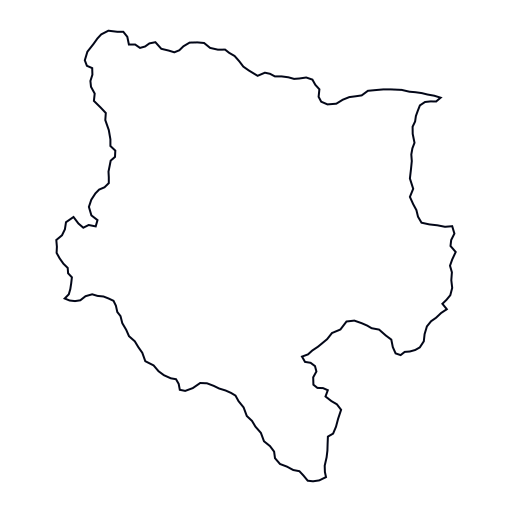 Barra Longa, Minas Gerais, Brazil
{"feature_id": "56859067B7967554775924", "entity_name": "Barra Longa", "entity_type": "district", "adm_level": 2, "iso_a3": "BRA", "parent_name": "Brazil", "parent_adm1": "Minas Gerais", "projection": "albers", "projection_center": [-43.064, -20.29], "detail": "fine", "context": "isolated", "style": "outline", "palette": "ink", "viewbox_px": 512, "rotation_deg": 0, "n_neighbors": 0, "source": "geoboundaries", "source_scale": "gbopen_adm2", "svg_char_len": 3066}
<svg xmlns="http://www.w3.org/2000/svg" viewBox="0 0 512 512"><path d="M326.0,477.1L324.9,472.0L324.7,465.7L326.6,457.3L327.4,450.7L327.6,444.2L327.9,436.6L333.1,433.6L336.0,426.7L338.1,418.8L341.1,409.8L336.9,404.3L331.4,401.1L325.5,396.5L327.8,390.2L323.0,388.1L317.4,387.9L313.4,384.7L313.2,377.3L316.4,371.5L315.0,366.1L310.6,362.8L305.0,361.9L302.0,356.6L308.0,354.4L312.3,350.5L318.0,346.7L322.5,343.0L327.1,339.2L332.0,333.0L340.4,329.5L346.5,321.5L354.3,320.6L361.7,323.2L367.2,325.6L371.6,328.2L379.1,329.6L385.8,335.5L391.3,339.6L392.8,347.1L395.6,353.4L400.6,355.1L404.7,351.9L409.8,351.5L415.2,350.0L419.8,347.4L423.8,341.3L424.6,334.1L426.9,326.4L431.1,321.2L436.0,317.8L441.1,313.0L446.8,309.2L442.4,303.8L446.5,299.8L450.3,295.2L452.2,287.9L451.3,280.2L451.9,272.3L450.0,265.7L452.2,259.5L455.7,252.0L450.5,246.0L451.2,240.0L454.4,233.6L452.2,226.2L445.0,226.8L437.4,225.3L429.3,224.4L421.5,222.7L418.0,216.7L416.4,210.1L413.2,204.2L409.9,196.9L413.2,188.8L409.9,178.5L411.0,169.0L411.8,161.1L411.3,154.5L412.4,148.3L414.5,142.8L412.7,133.9L412.6,126.7L415.1,121.5L415.9,116.0L417.7,111.0L419.9,105.4L425.0,102.0L430.5,101.4L436.1,101.5L440.6,97.7L434.2,95.7L427.4,94.5L421.8,93.1L415.3,92.2L409.4,91.7L401.7,89.9L390.7,89.4L383.3,89.4L375.4,90.1L367.9,90.8L361.7,95.4L355.5,96.3L349.3,97.1L342.8,99.7L336.3,103.7L327.5,104.4L321.2,101.7L318.6,96.8L319.4,89.3L315.3,84.8L312.4,79.6L306.2,77.5L299.3,78.5L294.1,78.9L288.4,77.3L281.6,76.4L274.9,76.4L270.0,73.8L264.9,72.7L257.6,75.8L253.3,73.2L248.7,70.4L243.3,66.6L239.2,61.2L234.6,56.0L229.1,52.8L225.1,49.6L218.0,49.7L210.1,47.9L204.1,43.0L197.5,42.4L189.6,42.6L183.4,46.3L179.3,50.3L174.3,52.3L168.8,50.6L161.3,48.8L155.4,42.2L149.4,43.4L145.1,46.5L140.0,47.9L135.1,44.5L128.9,44.5L127.3,36.8L123.3,31.8L117.4,31.8L108.4,30.7L101.2,34.4L97.4,38.5L93.4,44.1L87.4,51.7L84.8,60.3L86.9,65.8L92.2,68.1L92.4,74.7L90.4,81.0L91.0,86.8L94.7,93.6L93.9,100.9L100.5,107.4L105.8,113.0L105.3,120.1L108.8,130.1L110.4,139.3L110.4,146.0L115.3,150.6L115.0,156.9L110.7,160.6L109.6,166.1L108.5,171.6L108.8,177.3L108.8,183.1L104.5,187.3L99.1,189.6L95.4,193.4L91.3,199.7L88.9,206.9L91.4,215.4L97.5,220.1L95.7,226.4L88.7,225.0L83.3,227.7L78.4,223.5L73.5,217.0L66.0,222.2L64.9,229.3L62.0,235.3L56.3,240.0L56.9,246.8L56.6,252.9L59.6,258.3L63.4,263.7L67.7,267.9L68.1,273.3L71.9,277.3L71.2,283.3L70.3,289.1L68.8,294.3L64.7,298.5L69.6,300.5L75.0,301.1L80.3,300.3L85.5,296.2L92.2,294.3L97.5,295.9L103.5,296.5L108.6,298.5L113.5,300.8L115.9,305.7L117.3,312.0L120.5,316.1L122.3,323.2L126.2,329.8L129.0,336.2L134.8,341.3L138.3,347.1L142.3,352.8L145.3,361.2L153.6,365.4L158.5,371.2L163.9,375.2L170.8,378.3L176.0,379.2L178.7,383.9L179.8,389.8L185.2,390.9L192.8,388.1L200.2,383.0L207.0,383.3L213.8,385.9L219.1,388.5L225.6,390.5L231.0,392.9L235.5,395.6L238.5,401.1L243.6,407.4L246.8,416.0L252.0,420.9L255.4,426.6L260.9,432.9L264.0,441.3L270.0,446.1L274.1,451.6L275.0,458.2L280.0,464.0L286.9,466.6L293.2,470.0L299.4,471.2L303.6,475.7L307.7,480.7L313.0,481.3L319.2,480.4L326.0,477.1Z" fill="none" stroke="#020617" stroke-width="2"/></svg>